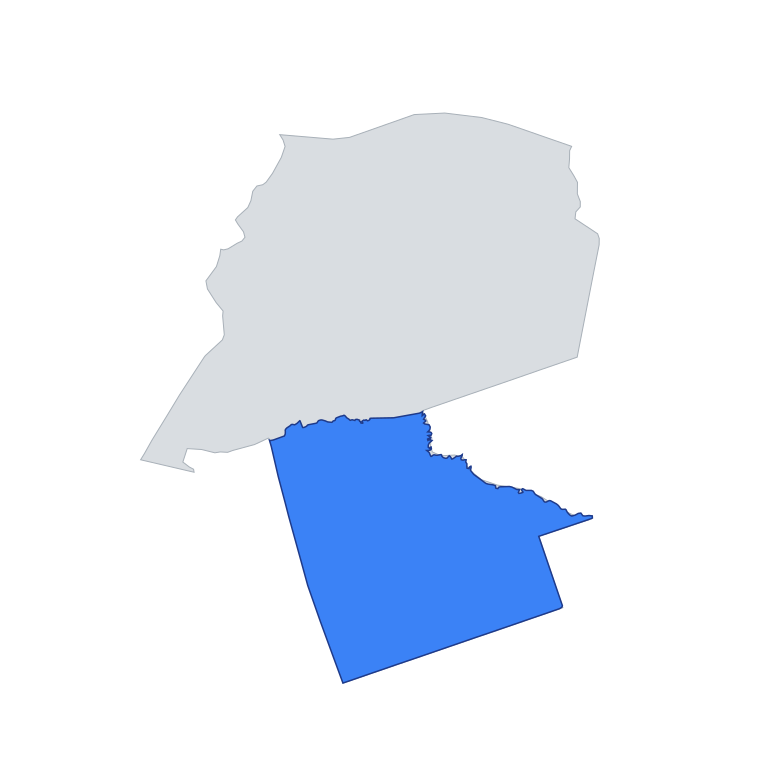 where Petén sits in Guatemala, rotated 161°
{"feature_id": "GTM-1944", "entity_name": "Petén", "entity_type": "Department", "adm_level": 1, "iso_a3": "GTM", "parent_name": "Guatemala", "parent_adm1": "", "projection": "mercator", "projection_center": [-90.264, 16.829], "detail": "fine", "context": "in_parent", "style": "filled", "palette": "blue", "viewbox_px": 768, "rotation_deg": 161, "n_neighbors": 0, "source": "natural_earth", "source_scale": "10m", "svg_char_len": 5213}
<svg xmlns="http://www.w3.org/2000/svg" viewBox="0 0 768 768"><g transform="rotate(161 384 384)"><path d="M129.2,547.6L132.5,544.2L135.3,536.4L138.8,528.4L136.7,519.2L135.4,511.7L139.3,500.8L139.0,492.6L140.8,487.5L146.6,484.3L149.6,478.0L133.1,456.5L133.1,451.5L135.3,445.5L148.7,422.5L164.6,395.0L182.1,364.7L192.6,346.5L231.1,346.5L256.6,346.4L288.9,346.4L324.0,346.4L347.1,346.4L356.6,346.2L355.0,334.3L356.2,321.2L360.4,309.3L360.4,304.0L353.6,297.6L340.2,293.8L332.8,288.1L332.8,280.9L329.5,272.2L323.1,261.9L309.7,251.5L289.4,240.7L272.1,226.3L257.8,208.2L245.7,196.6L236.4,191.7L234.2,189.1L261.4,189.3L287.2,189.6L287.4,163.6L287.5,140.5L287.7,114.3L334.4,114.4L390.1,114.4L448.0,114.5L493.4,114.5L520.1,114.5L518.9,146.9L517.5,184.4L516.4,211.9L515.1,248.5L513.6,286.0L511.7,336.9L510.4,369.8L511.0,370.5L526.2,368.9L548.6,370.4L554.1,370.3L561.0,373.1L566.3,374.0L577.7,381.4L591.1,387.0L599.6,375.7L595.1,368.9L591.8,365.4L592.3,362.4L638.8,391.6L633.3,396.1L621.5,406.6L600.0,424.3L580.8,440.3L562.3,454.7L545.6,467.7L543.7,469.0L522.5,478.3L519.0,482.5L514.4,500.9L512.4,505.4L516.2,515.6L520.0,531.3L518.8,539.5L504.2,549.6L497.5,558.7L494.5,564.6L491.9,563.0L487.4,562.6L476.9,564.9L471.9,565.4L467.7,568.0L467.3,573.6L470.1,582.8L471.1,587.5L468.1,589.7L455.3,595.2L450.2,600.6L445.3,609.0L439.7,612.6L433.8,611.9L429.7,613.2L420.8,619.5L407.3,631.7L400.2,640.8L400.0,647.6L401.4,653.7L352.5,632.1L336.3,628.4L267.7,628.9L238.3,620.4L204.8,604.1L182.1,589.2L129.2,547.6Z" fill="#d9dde1" stroke="#a8b0b8" stroke-width="1"/><path d="M521.5,180.4L521.7,218.3L519.5,252.8L517.2,290.1L516.1,303.8L514.1,331.2L510.9,361.8L510.6,368.2L509.8,367.5L506.8,367.1L495.1,367.3L493.7,368.8L492.8,371.0L492.6,371.9L492.5,372.3L492.2,372.8L491.7,373.3L490.2,374.1L486.4,375.1L484.9,375.8L483.9,375.7L481.7,374.5L479.0,375.1L475.6,376.7L475.4,376.5L475.1,369.7L475.0,369.3L474.4,369.1L473.6,369.0L471.9,369.1L471.1,369.3L470.5,369.5L470.3,369.7L470.0,369.9L469.6,370.0L469.3,370.1L468.8,370.1L460.9,369.0L460.0,369.1L458.5,370.3L458.3,370.4L457.9,370.6L457.2,370.7L455.5,370.6L454.9,370.4L454.2,370.1L451.6,368.3L449.6,366.5L449.2,366.3L446.2,364.9L445.8,364.8L445.5,364.8L445.0,365.1L444.3,365.5L443.9,365.6L442.8,365.5L442.4,365.5L442.1,365.6L441.9,365.8L441.6,366.1L441.1,366.8L441.0,367.0L440.8,367.1L440.6,367.3L439.9,367.5L435.6,367.7L433.7,367.4L433.1,367.4L432.6,367.4L432.3,367.5L431.9,367.4L431.4,366.9L430.8,365.8L430.6,365.1L430.3,364.3L428.6,362.1L428.2,361.3L427.8,360.7L427.5,360.6L426.8,360.7L425.6,360.5L423.4,359.0L422.8,359.6L422.5,359.7L421.0,359.4L418.9,357.8L419.2,356.9L419.2,356.6L418.9,356.4L418.6,356.1L418.4,355.8L418.4,355.7L418.5,355.4L418.6,355.1L418.6,354.8L418.4,354.5L418.2,354.4L417.2,354.0L416.9,353.9L416.7,354.0L416.7,354.3L416.9,355.4L417.0,355.6L417.0,355.8L416.9,355.9L416.7,356.1L415.6,356.3L415.3,356.4L414.9,356.5L414.6,356.4L414.1,355.9L413.9,355.8L413.6,355.8L412.9,356.0L412.4,355.9L412.0,355.4L411.9,355.0L411.6,354.6L411.0,354.5L409.6,354.7L409.1,355.0L408.7,355.3L408.7,355.6L408.6,355.8L408.4,356.0L407.5,355.9L385.9,348.9L360.0,344.9L356.5,345.3L357.0,344.6L357.8,342.7L358.2,341.6L357.5,341.9L357.2,342.0L356.9,342.1L356.5,342.6L355.5,342.6L355.0,340.3L358.1,337.8L356.5,336.2L356.5,335.4L359.3,334.2L358.4,332.9L354.7,330.8L354.3,328.3L355.2,326.4L356.7,325.2L358.2,324.5L356.5,323.8L355.2,322.8L355.0,321.5L356.5,319.9L357.0,320.5L357.4,320.7L359.1,320.9L358.6,320.2L357.8,318.7L357.3,318.0L357.9,318.1L358.1,317.9L358.1,317.6L358.2,317.2L359.0,317.7L360.0,318.0L360.8,317.7L360.8,316.3L360.0,316.6L358.2,315.9L356.9,315.0L357.8,314.5L360.1,313.7L362.0,311.9L362.8,309.8L361.7,308.1L360.8,308.1L360.8,309.1L360.0,309.1L360.3,307.2L361.5,306.5L363.2,306.6L365.2,307.2L363.7,304.7L363.5,303.9L363.5,302.2L363.2,300.3L362.5,300.1L361.4,300.6L360.0,300.8L359.2,300.5L358.3,299.9L357.0,299.3L353.0,298.7L352.6,298.0L352.8,296.9L352.1,295.4L351.4,294.7L350.2,293.8L348.7,293.4L345.7,294.9L344.9,293.7L344.3,290.9L343.1,290.9L339.8,291.8L339.1,292.2L338.4,291.8L336.6,291.4L334.5,291.3L333.0,291.8L333.6,290.5L334.8,289.6L335.6,288.6L335.6,287.2L334.1,286.3L332.1,286.1L331.0,285.6L332.1,283.6L331.6,281.5L332.5,279.2L332.9,277.3L331.1,276.3L330.8,277.2L330.3,277.6L329.7,277.8L328.6,278.0L328.6,277.2L330.3,274.1L328.6,269.3L320.0,256.8L318.1,255.4L313.6,253.1L311.7,251.5L312.1,249.9L312.1,249.0L310.4,248.0L309.2,249.0L307.7,249.0L298.9,246.3L296.6,244.9L292.9,241.1L290.3,239.9L292.3,237.7L292.0,236.6L290.3,236.3L288.0,236.3L287.8,236.9L288.3,238.1L288.4,239.3L287.2,239.9L286.5,239.5L284.9,237.7L284.2,237.1L279.3,235.4L277.8,234.0L277.2,231.3L276.5,229.9L272.0,224.4L271.5,223.3L270.9,220.7L270.2,219.9L268.9,219.6L265.8,220.0L264.5,219.4L260.0,214.5L258.8,212.6L258.3,211.3L257.6,208.9L257.1,208.0L255.9,207.3L253.3,206.6L252.8,205.8L252.6,203.7L251.8,201.3L250.7,199.2L249.4,198.0L245.9,197.8L242.5,198.4L239.9,197.9L238.9,194.7L236.9,193.7L233.0,192.9L230.0,191.5L230.6,189.4L231.2,189.3L231.5,189.2L287.3,189.6L287.4,153.0L287.5,116.3L288.5,115.1L291.1,114.4L296.6,114.4L324.5,114.4L352.5,114.4L380.4,114.5L408.4,114.5L436.4,114.5L464.3,114.6L492.3,114.6L520.2,114.6L520.8,143.5L521.5,180.4Z" fill="#3b82f6" stroke="#1e3a8a" stroke-width="1.5"/></g></svg>